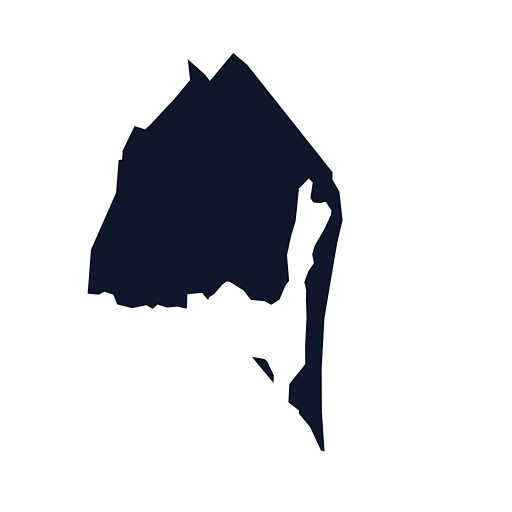 Calhoun, Texas, United States of America (Robinson projection), rotated 311°
{"feature_id": "52423323B71782729975754", "entity_name": "Calhoun", "entity_type": "district", "adm_level": 2, "iso_a3": "USA", "parent_name": "United States of America", "parent_adm1": "Texas", "projection": "robinson", "projection_center": [-96.654, 28.395], "detail": "fine", "context": "isolated", "style": "filled", "palette": "ink", "viewbox_px": 512, "rotation_deg": 311, "n_neighbors": 0, "source": "geoboundaries", "source_scale": "gbopen_adm2", "svg_char_len": 1205}
<svg xmlns="http://www.w3.org/2000/svg" viewBox="0 0 512 512"><g transform="rotate(311 256 256)"><path d="M248.3,87.0L240.9,92.6L238.2,90.4L212.3,109.6L152.9,128.0L118.2,153.8L124.3,162.2L130.2,164.3L134.1,173.8L129.2,182.8L136.0,196.2L147.9,205.3L148.9,212.0L155.3,212.8L159.2,222.0L166.6,229.1L171.2,237.2L182.1,228.2L193.6,239.2L192.3,247.6L194.4,247.0L200.4,248.6L212.4,248.6L218.0,249.7L220.1,253.2L222.6,269.5L220.3,280.6L228.2,291.7L229.8,298.9L238.5,301.5L253.4,296.7L258.7,296.5L276.5,278.2L294.4,268.4L308.2,262.2L334.8,243.4L349.8,244.3L349.5,251.0L336.1,259.5L334.9,263.9L338.5,269.2L343.6,272.7L340.5,283.7L336.0,286.5L321.4,290.6L302.0,294.4L294.6,297.9L289.0,305.2L279.2,306.2L268.5,310.2L263.8,316.7L256.1,323.1L243.1,335.2L221.4,352.2L206.9,364.9L181.5,365.9L167.6,376.8L168.4,390.2L165.9,392.1L163.2,409.0L152.7,432.6L153.6,434.7L180.8,407.7L213.7,378.8L253.5,347.8L319.7,307.5L339.4,297.2L358.7,276.2L363.2,263.0L368.7,258.4L393.8,123.9L393.5,106.4L356.8,107.1L358.7,98.8L359.0,77.3L345.9,91.6L323.4,92.1L284.9,90.8L278.2,90.0L274.0,80.0L248.3,87.0ZM172.7,350.8L177.1,347.1L183.1,333.3L183.1,330.3L177.6,321.2L172.7,350.8Z" fill="#0f172a" stroke="#020617" stroke-width="1.5"/></g></svg>